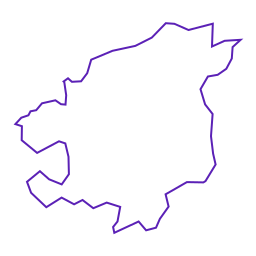 Dangara, Ferghana, Uzbekistan
{"feature_id": "79887680B26065504827015", "entity_name": "Dangara", "entity_type": "district", "adm_level": 2, "iso_a3": "UZB", "parent_name": "Uzbekistan", "parent_adm1": "Ferghana", "projection": "orthographic", "projection_center": [70.818, 40.63], "detail": "fine", "context": "isolated", "style": "outline", "palette": "violet", "viewbox_px": 256, "rotation_deg": 0, "n_neighbors": 0, "source": "geoboundaries", "source_scale": "gbopen_adm2", "svg_char_len": 919}
<svg xmlns="http://www.w3.org/2000/svg" viewBox="0 0 256 256"><path d="M156.0,227.7L159.9,218.8L168.6,206.6L165.6,194.3L186.9,182.1L203.4,182.4L205.5,181.1L215.6,164.5L213.1,153.6L211.0,136.2L212.6,114.0L205.1,104.4L200.5,89.2L207.9,76.5L217.7,74.8L226.3,68.8L231.8,58.5L232.6,47.1L240.6,39.8L224.6,40.8L212.0,46.5L212.8,23.7L188.5,30.0L174.4,23.8L165.8,23.2L151.8,37.6L135.3,45.9L112.5,50.8L93.1,58.9L91.2,59.7L87.2,73.2L81.1,81.3L71.9,81.8L68.0,78.3L63.6,81.5L64.3,82.2L66.2,95.3L65.5,104.6L61.0,104.2L55.4,100.3L42.0,103.3L36.2,110.2L30.5,111.3L28.4,115.3L21.3,117.7L15.4,124.1L21.9,126.2L21.7,140.2L37.1,152.9L59.0,141.3L65.3,143.4L68.5,156.8L68.9,174.2L61.7,184.4L49.1,179.3L39.9,171.2L27.0,181.8L31.1,192.8L46.3,207.2L61.6,197.6L74.1,204.3L82.5,200.0L93.3,208.2L106.7,202.6L120.2,206.9L117.5,221.5L113.1,227.0L114.3,232.8L138.6,221.5L146.1,230.3L156.0,227.7Z" fill="none" stroke="#5b21b6" stroke-width="2"/></svg>